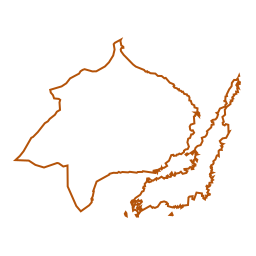 outline of Kota Bitung, Sulawesi Utara, Indonesia
{"feature_id": "22746128B20507278995893", "entity_name": "Kota Bitung", "entity_type": "district", "adm_level": 2, "iso_a3": "IDN", "parent_name": "Indonesia", "parent_adm1": "Sulawesi Utara", "projection": "mercator", "projection_center": [125.223, 1.491], "detail": "fine", "context": "isolated", "style": "outline", "palette": "amber", "viewbox_px": 256, "rotation_deg": 0, "n_neighbors": 0, "source": "geoboundaries", "source_scale": "gbopen_adm2", "svg_char_len": 5974}
<svg xmlns="http://www.w3.org/2000/svg" viewBox="0 0 256 256"><path d="M76.3,206.0L80.8,211.3L89.2,205.3L91.7,202.3L91.7,199.8L93.5,199.9L92.0,199.7L92.7,199.5L92.7,199.2L91.5,198.7L92.7,196.5L93.8,191.3L93.2,191.1L96.6,181.6L109.3,174.6L109.5,173.8L113.4,172.8L117.4,172.9L118.8,171.9L120.4,172.7L122.4,172.0L128.2,172.4L129.6,171.8L136.8,172.7L137.8,172.0L142.4,171.9L142.9,171.2L155.4,173.0L155.4,171.9L153.5,171.8L153.6,170.7L156.3,170.1L157.3,172.3L157.7,170.3L158.5,169.9L158.8,170.8L159.2,170.8L158.4,169.6L160.4,168.6L161.4,169.1L161.6,168.1L161.9,169.0L162.5,168.4L162.1,168.6L161.5,167.9L161.7,167.6L163.9,167.9L167.1,165.9L165.6,163.3L169.0,160.7L171.3,155.1L173.3,154.8L173.8,155.9L174.4,156.0L173.9,155.7L176.4,155.6L176.9,154.6L178.5,154.4L179.3,153.6L181.1,154.2L184.0,152.0L184.0,150.7L185.5,149.5L187.7,149.1L188.9,146.6L187.4,142.4L188.2,138.7L190.1,137.9L191.2,134.4L192.7,134.3L194.1,132.7L192.8,130.3L191.5,130.7L190.2,129.7L189.7,126.5L190.8,124.6L194.4,123.4L193.9,116.6L195.0,116.0L194.9,115.3L196.8,114.3L196.3,113.9L196.6,113.6L198.8,116.0L198.6,114.8L194.9,112.5L196.2,112.5L199.2,114.4L198.9,113.4L199.7,113.6L197.3,111.4L197.5,108.3L194.5,107.4L194.3,105.3L191.9,104.1L190.8,100.8L189.3,100.4L189.5,97.5L188.7,96.0L187.2,95.5L186.9,94.4L184.2,93.9L182.9,91.6L181.8,91.9L181.0,90.8L179.2,90.5L178.9,89.1L177.9,89.4L176.9,88.3L174.4,87.6L173.5,86.3L174.3,85.6L173.6,84.3L169.7,82.6L165.7,77.9L164.4,78.3L161.6,76.0L157.8,75.9L155.4,73.6L150.4,73.2L148.7,72.1L147.5,72.3L147.2,71.3L145.5,71.6L144.0,69.9L135.8,66.6L133.1,64.5L123.7,54.9L121.0,51.2L120.7,49.4L121.5,48.0L123.4,47.8L123.3,46.8L121.3,45.4L120.4,40.8L121.0,39.5L114.9,42.8L113.7,44.2L114.6,49.5L113.2,55.5L109.0,62.3L104.9,66.5L96.3,71.3L92.4,71.4L84.6,69.2L82.6,69.9L80.5,71.3L79.1,73.6L70.1,78.4L66.3,83.3L61.6,86.4L50.2,89.8L50.8,92.6L53.0,95.2L54.1,98.4L58.8,98.9L60.2,99.9L59.5,102.4L60.0,109.9L56.9,111.7L54.9,114.8L49.7,118.9L47.9,121.3L44.8,123.2L37.8,132.1L33.1,136.9L31.3,137.8L23.6,151.2L19.8,156.0L15.4,160.1L28.8,160.6L35.4,164.9L44.0,167.5L57.1,163.0L58.7,163.3L63.3,166.5L67.5,165.5L67.7,186.5L76.3,206.0ZM238.5,81.3L237.7,78.3L236.3,80.0L234.1,79.9L231.9,82.9L231.6,86.2L229.2,89.3L226.6,94.7L227.0,96.1L225.5,96.5L225.3,100.3L226.8,103.6L225.5,104.6L225.2,106.5L219.9,108.6L218.2,112.3L216.6,112.9L218.1,114.3L217.0,117.6L215.5,119.4L212.8,119.9L211.4,120.9L212.0,122.2L213.3,122.2L213.6,124.5L211.6,124.9L211.2,127.4L206.9,131.3L207.4,132.3L206.7,134.8L205.3,136.6L201.8,137.8L202.6,141.0L200.6,145.1L197.5,146.0L195.5,147.9L194.8,150.2L190.8,152.9L192.4,154.3L193.8,151.9L195.1,152.0L195.6,151.1L196.8,152.6L195.6,152.8L195.4,153.9L197.3,154.5L195.8,154.9L195.1,156.8L195.1,158.1L197.3,159.7L196.9,161.1L195.1,158.8L193.9,160.0L193.7,161.6L191.7,161.5L191.4,160.4L190.9,160.5L192.5,162.9L195.5,164.4L195.4,165.6L193.0,165.6L193.8,166.8L193.0,168.0L193.3,169.0L191.7,169.2L191.4,167.1L190.0,167.1L188.6,168.7L184.4,169.0L184.5,169.8L187.4,171.2L186.4,172.9L182.7,173.8L180.9,171.7L179.1,173.0L175.8,173.6L175.2,172.9L174.9,173.7L175.6,174.2L174.7,175.8L173.0,175.1L171.7,172.5L170.2,174.3L171.3,175.6L170.7,176.8L168.9,176.9L167.7,175.5L166.6,176.3L167.1,178.0L163.9,177.9L163.8,178.4L161.5,176.7L158.2,178.8L156.7,178.2L156.3,179.7L155.4,178.9L153.2,180.6L151.7,180.3L151.4,181.4L149.2,182.2L148.1,181.8L147.9,180.5L149.8,179.2L148.9,178.3L147.2,178.5L146.8,181.6L144.7,183.9L145.1,186.3L143.6,186.6L143.1,188.0L144.3,188.7L143.5,191.1L142.0,191.6L140.3,194.7L135.5,198.0L134.0,200.0L132.0,200.6L131.0,202.2L132.3,205.4L133.1,201.9L133.8,201.6L133.5,200.6L135.3,200.9L135.2,202.8L138.3,199.9L139.0,201.3L141.3,200.4L141.9,201.8L139.6,204.3L138.7,204.0L138.7,204.7L137.9,203.8L137.8,204.6L134.6,204.7L133.6,207.4L132.7,207.7L133.1,210.7L134.6,209.6L136.6,210.5L137.8,212.1L138.2,213.4L137.5,214.5L135.8,214.9L136.7,216.5L138.0,216.5L137.9,215.0L140.3,211.7L139.9,209.4L138.4,209.5L136.9,208.0L137.6,206.8L138.7,208.0L140.7,206.6L140.2,208.3L141.4,208.6L141.9,210.5L150.3,205.8L152.4,207.8L153.1,207.2L154.9,207.9L157.7,206.7L160.7,202.3L164.1,201.4L166.6,202.3L167.1,203.1L166.6,204.0L167.9,203.9L167.9,206.1L172.5,207.4L173.7,206.7L174.2,207.5L175.4,206.2L176.8,207.7L177.7,206.4L178.4,207.5L179.3,206.9L180.2,205.4L180.7,206.6L181.9,205.9L181.5,207.7L182.8,206.9L183.0,205.7L188.0,205.0L188.5,197.5L189.4,196.6L192.6,196.2L192.3,199.0L194.0,199.6L196.5,192.6L201.9,193.4L202.0,195.9L203.4,195.8L203.3,198.3L205.0,199.4L205.4,197.7L206.4,197.6L206.1,195.7L207.3,195.9L208.1,194.2L208.7,195.0L209.7,194.8L209.9,194.2L207.3,192.6L208.8,190.1L206.9,189.0L207.3,187.8L206.4,186.3L206.9,185.7L208.6,186.8L209.7,186.2L210.3,185.1L209.2,184.6L209.5,182.8L212.2,182.5L211.6,180.8L213.0,179.9L211.8,179.0L213.0,177.0L211.2,177.8L210.1,176.2L210.9,175.3L209.9,174.5L210.1,173.7L213.0,172.6L211.2,172.0L211.9,168.3L210.8,168.0L210.6,167.0L211.7,166.8L211.1,165.4L213.1,164.2L213.7,162.9L213.3,161.3L215.4,159.5L216.8,155.6L217.7,155.2L218.8,156.0L218.6,151.0L219.7,149.8L221.7,149.9L221.4,148.9L222.1,147.4L221.3,146.2L222.4,146.2L222.0,144.6L223.2,143.9L220.9,143.3L219.8,141.0L222.6,138.4L226.2,137.8L229.6,131.4L228.5,131.8L228.3,124.8L225.8,124.1L224.7,125.4L222.9,124.5L222.7,122.6L223.8,121.8L222.4,117.0L225.1,114.7L224.8,109.8L226.6,107.0L230.5,104.0L230.3,102.1L231.6,101.4L231.1,100.5L232.4,100.5L232.4,99.0L233.2,98.6L232.3,97.3L234.2,95.4L233.8,94.5L236.4,93.8L236.1,91.7L238.0,92.0L237.2,88.4L237.6,86.1L238.7,85.3L237.0,86.1L236.3,85.1L238.5,81.3ZM126.7,216.2L126.4,213.2L125.7,212.2L124.8,213.8L125.6,215.6L126.7,216.2ZM173.0,215.9L171.8,213.1L169.9,215.0L172.5,215.2L173.0,215.9ZM187.1,153.4L185.6,154.4L186.4,155.3L188.4,153.9L187.1,153.4ZM240.6,82.0L239.0,82.2L238.2,84.1L239.7,84.0L239.8,82.4L240.6,82.0ZM223.6,101.3L224.6,101.2L224.7,100.7L223.6,101.3ZM238.6,88.0L238.4,87.5L237.9,87.3L238.1,87.7L238.6,88.0ZM238.9,76.0L239.2,75.9L239.1,75.5L238.9,76.0ZM212.8,170.2L212.2,169.9L212.0,170.1L212.8,170.2Z" fill="none" stroke="#b45309" stroke-width="2"/></svg>